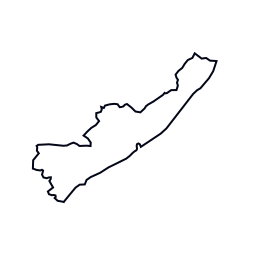 map outline of Hambantŏṭa (orthographic projection), rotated 346°
{"feature_id": "LKA-2465", "entity_name": "Hambantŏṭa", "entity_type": "District", "adm_level": 1, "iso_a3": "LKA", "parent_name": "Sri Lanka", "parent_adm1": "", "projection": "orthographic", "projection_center": [81.085, 6.277], "detail": "fine", "context": "isolated", "style": "outline", "palette": "ink", "viewbox_px": 256, "rotation_deg": 346, "n_neighbors": 0, "source": "natural_earth", "source_scale": "10m", "svg_char_len": 1588}
<svg xmlns="http://www.w3.org/2000/svg" viewBox="0 0 256 256"><g transform="rotate(346 128 128)"><path d="M230.1,84.5L224.4,93.5L218.6,99.3L207.8,107.0L204.3,108.0L199.6,110.6L165.2,137.7L158.3,141.4L135.9,149.4L135.6,146.7L134.3,145.5L134.2,145.5L133.9,145.6L132.8,145.9L132.1,147.4L131.7,150.5L130.7,151.7L129.1,152.1L126.9,153.1L122.9,155.5L118.9,157.3L99.6,161.5L90.2,164.7L79.9,166.6L75.2,168.4L72.4,172.3L67.4,171.3L64.3,172.5L62.6,173.2L55.4,178.5L48.3,183.8L47.8,184.3L46.8,183.7L42.1,181.6L39.9,178.2L41.2,177.4L41.3,175.9L39.7,175.0L37.9,174.8L35.3,173.1L34.9,170.2L40.9,167.6L38.9,160.4L40.6,158.9L41.2,157.2L39.2,156.8L37.0,157.1L34.0,155.5L33.3,152.3L34.4,150.6L35.3,148.7L34.3,147.7L32.7,148.0L29.2,146.6L25.9,144.4L28.2,136.3L35.3,131.0L34.1,128.0L35.3,124.7L35.0,123.3L36.8,122.6L47.4,124.7L61.0,129.6L64.6,130.2L68.1,129.4L71.6,129.0L74.5,131.2L76.6,133.7L83.4,135.1L87.3,136.4L88.3,133.1L86.5,128.4L83.1,124.6L87.7,121.6L92.4,119.0L97.6,117.3L101.6,114.3L99.8,110.1L100.8,105.9L103.1,105.9L105.6,105.7L107.1,103.5L107.1,101.1L109.4,102.7L111.1,100.7L115.8,100.6L120.4,101.2L123.6,102.4L125.0,105.8L126.8,106.0L128.8,105.9L130.5,104.7L132.8,104.5L136.3,109.0L139.2,113.8L143.8,115.8L148.9,113.0L150.7,111.2L153.5,110.0L158.9,108.5L170.0,104.3L172.0,102.8L172.4,103.3L174.1,103.6L179.0,101.7L184.2,102.9L186.6,99.0L186.6,97.3L186.5,95.8L187.3,94.7L188.1,93.3L187.2,90.8L187.1,87.7L190.8,84.8L195.2,82.8L198.5,79.5L202.5,76.5L207.4,75.6L210.8,71.7L216.3,78.5L218.4,78.7L220.8,79.0L223.9,82.5L228.4,83.9L230.1,84.5Z" fill="none" stroke="#020617" stroke-width="2"/></g></svg>